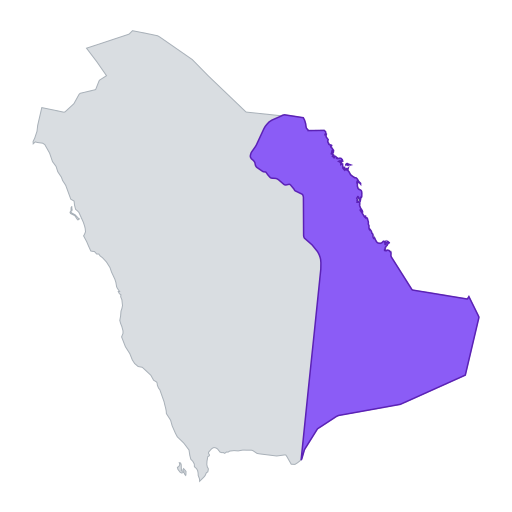 Ash Sharqiyah on a map of Saudi Arabia (Equal Earth projection)
{"feature_id": "SAU-1098", "entity_name": "Ash Sharqiyah", "entity_type": "Region", "adm_level": 1, "iso_a3": "SAU", "parent_name": "Saudi Arabia", "parent_adm1": "", "projection": "equal_earth", "projection_center": [49.771, 23.094], "detail": "fine", "context": "in_parent", "style": "filled", "palette": "violet", "viewbox_px": 512, "rotation_deg": 0, "n_neighbors": 0, "source": "natural_earth", "source_scale": "10m", "svg_char_len": 9542}
<svg xmlns="http://www.w3.org/2000/svg" viewBox="0 0 512 512"><path d="M400.4,404.3L339.8,415.2L336.5,416.4L317.5,428.8L304.5,449.6L301.4,459.5L299.8,461.0L297.2,463.0L294.9,464.4L291.2,464.2L286.9,456.6L285.8,455.0L284.8,454.9L276.7,456.0L259.8,453.9L257.0,453.4L253.3,450.9L252.3,450.4L251.4,450.2L242.6,450.1L238.2,450.9L234.0,450.6L229.7,451.1L228.1,452.1L226.4,452.0L225.4,452.9L224.4,453.3L223.3,452.5L222.0,452.7L220.0,452.1L218.7,450.4L217.5,448.9L216.2,448.1L214.8,447.6L213.6,447.6L212.0,448.5L211.0,449.4L208.6,452.2L208.5,453.3L209.5,455.0L209.2,455.8L207.7,456.8L207.3,459.5L207.0,461.0L206.8,464.5L207.4,467.3L208.2,468.3L208.3,469.5L207.8,471.9L206.4,472.7L205.4,475.0L204.8,476.0L203.8,477.2L199.6,481.3L199.5,478.9L198.2,475.4L198.1,473.0L197.6,470.5L196.5,468.6L194.4,466.7L194.3,464.0L192.8,461.3L190.8,459.2L189.8,455.3L189.0,450.0L183.8,443.1L177.3,436.8L175.4,433.2L172.2,425.9L170.6,420.2L166.4,413.6L166.2,411.0L165.6,407.9L164.7,404.5L164.1,401.8L159.9,389.9L158.5,388.0L157.4,385.3L157.1,383.2L156.7,382.1L153.6,380.2L150.8,375.2L142.3,367.3L138.1,366.5L134.7,363.6L132.3,359.9L129.8,353.6L125.4,346.7L121.6,336.9L123.0,333.4L123.0,330.9L121.9,326.7L120.6,323.4L119.8,320.4L120.6,316.0L121.0,311.1L121.9,308.5L122.5,305.6L121.9,299.8L120.7,296.8L120.9,294.7L119.4,293.7L118.3,291.5L119.6,291.5L117.4,288.4L116.6,286.7L115.9,282.5L114.9,279.3L111.5,272.0L110.0,267.6L106.4,261.9L102.5,257.7L100.0,255.8L98.8,254.0L96.7,254.0L94.4,251.5L92.8,251.4L90.8,251.0L88.6,246.2L86.7,241.7L83.6,235.9L84.5,234.3L85.5,231.8L85.2,228.6L84.7,226.4L83.4,222.4L78.9,212.4L77.6,211.0L75.6,209.3L74.5,205.0L74.1,201.1L70.8,199.2L65.7,185.3L62.6,180.5L61.4,177.2L57.8,171.8L56.1,166.5L52.5,161.6L49.6,153.1L44.8,144.6L42.7,143.2L37.5,142.5L35.3,141.9L33.2,143.8L33.1,141.4L34.7,138.2L37.0,131.3L37.7,125.3L41.8,107.6L63.9,112.2L65.0,111.9L73.9,103.7L79.1,94.3L80.2,93.3L95.3,89.7L95.8,89.2L99.1,80.8L99.4,80.4L99.9,79.9L106.5,75.7L96.7,61.6L86.5,48.2L128.6,34.3L129.3,33.9L132.5,30.7L150.7,34.3L157.7,35.8L159.9,37.1L192.3,59.6L208.2,75.8L245.8,111.8L246.4,112.1L280.7,115.7L284.4,114.8L293.8,116.2L303.3,117.8L305.1,122.1L305.8,125.0L306.4,127.9L308.2,130.6L316.2,130.5L324.4,130.3L325.6,133.0L326.1,135.6L328.2,141.9L331.3,146.8L332.1,148.5L332.6,151.2L332.0,152.2L331.8,153.4L334.1,156.1L337.9,158.3L339.4,158.9L341.1,159.9L339.8,161.5L342.0,165.1L344.6,168.7L347.4,169.5L351.2,175.1L356.9,178.7L360.4,183.4L360.1,183.5L359.1,183.0L357.8,182.4L357.4,182.9L357.5,184.9L357.8,187.2L359.6,189.3L361.1,190.7L361.8,193.4L360.5,199.3L360.1,199.3L359.3,198.8L358.4,198.7L357.9,199.1L359.0,203.3L360.0,206.6L361.3,209.2L362.3,212.9L363.2,214.6L366.9,218.6L368.1,222.0L369.1,228.2L371.5,231.7L372.7,234.4L374.4,236.7L375.5,239.9L377.1,242.3L377.9,242.9L379.1,243.1L380.6,243.2L382.4,242.5L384.3,241.9L385.9,243.2L387.4,243.0L387.6,244.1L386.5,245.7L385.3,249.6L387.1,250.2L388.8,250.5L390.1,251.1L390.8,251.1L390.8,251.9L390.9,255.7L391.4,257.1L412.2,290.0L467.1,299.0L467.4,298.9L468.8,296.6L478.9,316.9L465.3,375.1L400.4,404.3ZM182.0,471.2L183.7,471.3L183.0,470.4L182.9,469.9L183.6,468.6L186.0,471.4L185.9,474.7L185.7,475.4L185.0,474.7L184.6,474.0L184.5,473.3L183.8,472.5L181.5,473.0L180.0,472.1L177.9,469.3L177.4,467.3L178.3,466.9L179.2,465.9L179.8,464.4L179.3,462.7L180.6,463.0L181.2,464.7L181.3,468.5L181.5,469.3L181.1,470.2L182.0,471.2ZM78.2,219.8L77.6,219.8L76.2,217.8L75.4,216.4L74.5,215.5L70.5,213.5L70.0,212.3L70.7,211.1L71.1,212.3L71.8,213.0L75.1,214.8L78.7,218.6L79.4,218.9L78.2,219.8ZM72.0,210.4L71.8,210.8L71.0,209.8L71.1,207.6L71.9,206.3L71.8,208.0L72.1,209.8L72.0,210.4Z" fill="#d9dde1" stroke="#a8b0b8" stroke-width="1"/><path d="M374.5,237.9L376.1,241.1L377.1,242.5L378.2,243.1L379.5,243.3L380.7,243.3L381.8,242.8L383.2,241.4L383.3,241.6L384.4,241.4L384.9,242.1L385.2,241.8L385.2,242.3L385.1,242.5L384.8,242.8L384.9,243.1L385.0,243.4L385.0,244.4L385.1,244.5L385.5,244.4L385.8,244.1L386.3,242.8L386.9,242.2L387.1,241.9L387.1,241.2L387.4,241.4L388.1,241.6L388.3,242.3L388.9,242.4L389.3,242.6L389.3,242.8L388.1,243.4L387.9,243.9L387.4,244.6L387.1,245.4L385.8,246.5L385.2,247.7L385.1,249.4L384.6,249.5L384.6,250.5L386.0,250.8L386.5,250.7L387.2,250.1L387.5,250.1L388.9,250.4L389.3,250.8L389.9,251.6L390.8,252.0L391.0,253.1L390.9,255.7L391.1,256.4L391.4,257.1L411.8,289.4L412.3,289.9L412.8,290.1L467.1,299.0L467.5,298.9L468.9,296.6L478.6,316.3L478.8,316.9L478.9,317.6L465.3,375.1L400.4,404.3L338.4,415.5L336.3,416.5L317.8,428.6L317.3,429.1L304.7,449.2L304.3,450.1L301.8,458.9L301.1,460.1L308.4,388.7L314.4,331.4L320.8,269.2L320.9,262.8L320.6,259.3L320.1,257.3L319.2,254.8L318.3,253.0L317.5,251.6L312.1,244.9L304.6,238.3L304.2,237.8L303.8,236.7L303.6,235.5L303.4,197.2L303.1,195.8L302.7,194.8L302.1,194.2L295.3,190.9L294.9,190.6L294.5,190.1L293.9,189.0L290.5,184.9L290.0,184.5L289.5,184.3L289.0,184.3L285.8,185.0L284.9,184.9L283.9,184.4L278.7,179.9L277.4,179.0L276.4,178.6L275.5,178.4L272.0,178.2L271.1,178.0L270.6,177.8L269.7,177.0L267.7,174.7L266.4,172.8L266.0,172.3L265.6,172.0L263.6,171.8L262.6,171.4L256.7,167.3L256.2,166.7L255.7,165.9L255.4,165.2L254.9,162.8L254.6,162.1L254.2,161.5L253.4,160.5L251.4,158.8L250.6,157.5L250.4,156.9L250.3,156.3L250.4,155.3L250.6,154.5L251.1,152.9L251.6,152.0L255.2,146.9L256.3,145.1L263.9,128.7L265.2,126.4L266.9,124.3L269.0,122.0L271.9,120.1L281.9,115.7L282.2,115.4L284.4,114.8L303.3,117.7L304.6,120.2L305.7,123.9L305.9,126.2L306.3,127.8L306.6,128.5L308.0,129.9L308.1,130.6L324.2,130.4L324.7,131.0L325.5,131.5L325.8,133.0L325.8,133.9L325.6,134.5L325.1,134.3L325.0,134.7L325.4,134.7L325.7,134.6L326.0,134.4L326.1,133.9L326.4,134.1L326.3,134.4L326.1,134.9L326.0,135.6L326.1,136.6L326.3,137.2L328.1,139.5L328.2,139.8L327.9,140.4L327.7,140.9L327.7,141.4L327.8,142.0L328.8,143.9L328.8,144.3L329.8,144.9L330.8,144.9L331.7,145.4L331.6,145.9L331.4,146.0L331.1,145.9L330.8,146.1L330.7,146.3L330.7,146.7L331.3,147.6L331.8,148.0L332.2,148.2L332.7,149.2L333.5,150.2L333.6,150.5L333.4,151.1L333.4,151.7L333.5,151.9L333.4,152.1L333.0,153.0L332.7,153.3L332.9,152.7L332.8,152.0L332.9,151.6L333.1,151.1L333.0,150.7L332.7,151.1L332.3,152.2L332.0,152.5L332.4,150.9L332.3,150.4L332.1,150.4L332.0,150.8L331.6,152.8L331.5,153.3L331.4,153.5L331.7,153.6L331.8,153.5L332.0,153.0L332.1,152.8L332.1,154.1L332.2,154.4L332.4,154.4L332.6,154.1L332.7,153.8L332.8,154.1L332.8,155.0L333.1,155.1L333.3,155.0L333.6,154.4L333.6,154.9L333.4,155.2L333.5,155.5L333.1,155.7L333.4,156.5L332.9,156.2L332.7,156.2L332.5,156.5L333.0,156.7L333.4,156.7L333.6,156.5L333.8,155.9L334.0,155.9L334.1,156.4L333.9,156.7L333.8,157.2L333.9,157.7L334.3,157.7L334.1,156.9L334.3,156.6L334.5,156.5L335.4,156.3L335.7,156.5L336.4,157.3L337.2,157.8L337.4,158.1L337.0,158.5L337.3,158.6L337.6,158.6L337.7,158.4L337.6,158.1L338.3,158.4L339.1,158.5L339.8,158.1L341.1,158.4L341.5,158.8L341.9,159.6L342.4,160.0L342.5,160.2L342.7,161.2L342.4,161.2L342.2,160.8L342.2,160.4L341.6,161.0L340.5,160.9L340.1,161.4L339.9,161.4L339.8,160.9L339.4,160.9L338.6,161.4L339.5,161.8L339.9,162.2L340.2,162.3L340.4,162.7L340.9,162.2L341.1,161.8L341.6,162.1L341.5,162.5L340.9,163.1L340.8,164.5L341.3,164.2L341.7,163.8L342.0,163.7L342.7,164.1L342.5,164.6L342.8,166.3L342.8,167.5L342.9,168.0L343.2,168.0L343.2,168.5L343.4,168.7L343.6,168.6L343.8,168.3L343.7,167.9L343.9,167.6L344.2,167.6L344.5,168.0L344.7,167.7L344.8,168.1L344.5,169.2L344.3,169.3L343.8,169.3L344.0,169.6L344.5,169.7L344.7,170.1L344.9,169.9L345.3,169.1L345.4,169.3L345.2,169.8L345.4,169.9L345.9,169.7L346.8,170.0L347.1,170.1L346.6,169.3L346.4,168.9L346.7,168.5L347.0,168.5L347.4,168.9L347.6,168.9L348.2,168.3L347.9,169.5L347.9,169.9L348.1,170.9L348.6,171.3L349.0,171.8L350.2,174.1L350.8,175.0L351.6,175.5L352.4,176.3L353.7,177.0L354.5,177.7L356.0,177.8L356.6,178.3L357.3,179.0L358.3,180.7L358.7,181.5L360.2,182.9L360.6,183.3L360.6,184.1L359.7,183.0L359.2,182.6L357.7,182.3L357.5,182.0L357.3,181.0L357.2,181.2L357.0,181.6L356.9,182.1L356.9,182.8L356.9,183.1L357.4,183.8L357.3,186.0L357.9,188.2L358.1,188.6L358.5,189.0L358.8,189.3L360.7,190.1L361.3,190.7L361.7,191.7L361.8,193.0L361.8,196.1L361.7,196.8L361.5,197.3L361.1,197.7L361.1,197.2L360.9,197.1L360.7,197.2L360.5,197.5L360.6,198.2L360.6,199.3L360.2,201.2L359.9,200.9L359.8,200.5L359.8,199.6L359.6,199.3L359.1,198.6L358.8,198.5L358.7,197.7L358.6,197.3L358.2,196.7L357.9,196.5L357.7,196.6L357.1,197.9L356.7,198.2L356.8,198.6L357.2,199.1L357.4,200.0L357.1,200.3L357.0,200.5L357.2,201.7L357.0,202.2L357.4,202.3L357.7,202.1L357.8,201.7L357.7,201.2L357.9,201.3L358.3,201.8L358.6,201.8L358.7,202.3L359.4,202.5L359.6,202.9L359.7,203.4L359.9,203.9L359.9,204.1L359.5,204.6L359.7,206.0L360.3,207.4L360.7,208.4L362.0,210.2L362.5,211.3L362.7,212.7L362.2,211.3L362.1,211.1L361.8,211.0L361.2,210.6L361.0,210.2L360.6,209.8L360.3,209.8L360.2,210.4L360.4,210.7L360.9,211.2L361.1,211.5L361.3,211.1L362.2,213.2L364.6,217.0L365.2,217.5L364.9,216.4L365.4,216.1L365.5,216.1L365.5,216.8L365.8,217.1L366.0,217.5L367.1,218.0L367.3,218.2L367.7,219.5L367.8,220.1L368.3,221.7L368.4,222.4L368.3,223.7L368.3,224.1L369.0,225.7L369.0,226.2L368.9,227.3L369.1,228.5L369.2,229.1L369.5,229.5L369.6,228.9L370.2,229.5L371.0,230.8L371.4,231.3L371.8,233.2L372.3,233.6L372.8,234.1L372.9,235.2L373.0,236.9L373.5,238.2L373.7,238.5L374.0,238.5L374.5,237.9ZM347.5,163.6L348.4,164.1L350.6,164.9L350.2,165.0L349.2,164.7L348.9,164.7L348.6,164.9L348.0,165.4L347.8,165.2L347.7,165.2L347.4,165.0L347.4,164.9L347.7,164.7L347.8,164.6L347.5,164.2L347.3,164.0L346.4,164.4L346.1,164.7L345.7,165.6L345.7,164.9L346.0,164.2L346.7,163.6L347.3,163.5L347.5,163.6Z" fill="#8b5cf6" stroke="#5b21b6" stroke-width="1.5"/></svg>